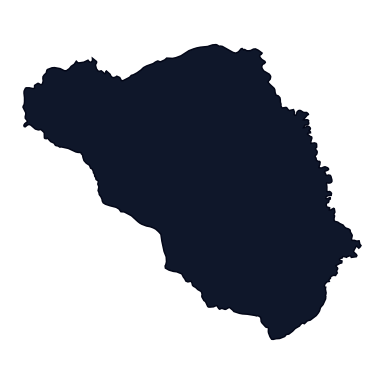 the district of Luro, Lautém, East Timor
{"feature_id": "22284137B78720484995027", "entity_name": "Luro", "entity_type": "district", "adm_level": 2, "iso_a3": "TLS", "parent_name": "East Timor", "parent_adm1": "Lautém", "projection": "albers", "projection_center": [126.805, -8.55], "detail": "fine", "context": "isolated", "style": "filled", "palette": "ink", "viewbox_px": 384, "rotation_deg": 0, "n_neighbors": 0, "source": "geoboundaries", "source_scale": "gbopen_adm2", "svg_char_len": 5893}
<svg xmlns="http://www.w3.org/2000/svg" viewBox="0 0 384 384"><path d="M219.7,309.2L221.2,308.5L222.1,308.4L224.7,309.3L225.8,309.3L228.9,307.5L229.6,307.5L232.7,310.1L233.9,311.5L239.4,313.3L242.5,313.9L247.2,314.2L255.4,315.5L256.3,315.9L258.1,315.7L260.3,317.0L260.9,318.4L261.2,321.5L261.9,322.8L265.6,326.9L266.3,327.3L267.9,327.5L268.5,328.5L268.3,331.1L268.5,332.8L270.0,336.7L271.6,339.2L273.1,339.4L276.1,338.7L279.5,338.5L280.7,338.1L284.7,336.5L286.3,334.5L288.8,334.1L292.6,331.2L295.2,328.5L299.5,326.0L300.3,324.8L301.9,323.3L302.7,323.1L304.4,323.7L307.4,320.8L310.3,320.1L316.2,315.6L318.4,312.8L319.5,310.9L320.5,307.5L323.0,304.6L325.6,298.9L325.8,296.3L325.4,295.3L325.8,294.6L326.1,292.9L325.4,289.2L325.7,287.2L324.8,287.1L324.3,286.1L325.0,284.0L327.0,281.8L329.3,281.4L328.9,280.3L329.2,279.4L330.4,278.4L330.3,277.5L331.5,276.1L333.6,275.3L335.6,275.5L336.0,274.6L337.3,273.0L336.8,272.0L336.7,270.6L337.7,268.8L337.4,267.7L336.2,266.6L336.0,265.6L339.9,263.4L341.7,262.9L341.9,262.0L342.0,261.0L339.8,260.2L339.5,259.2L340.1,258.5L341.0,258.1L341.9,258.2L342.7,256.6L344.6,256.7L346.6,257.3L347.2,256.7L350.0,255.7L350.9,256.3L351.3,257.4L356.3,256.7L356.9,255.5L356.3,254.4L353.8,252.1L353.6,251.0L355.8,246.9L356.7,246.1L358.8,248.2L360.3,246.8L361.0,245.5L359.9,244.3L359.1,240.8L356.8,241.1L354.2,240.3L352.4,240.4L351.8,240.0L351.5,238.9L352.2,235.8L352.1,235.0L350.4,232.0L350.1,230.1L348.7,229.0L345.7,228.0L344.4,226.9L343.1,225.1L339.7,223.5L337.8,222.1L335.0,221.4L334.2,220.7L334.0,218.7L334.6,215.9L334.1,215.2L333.9,214.1L334.9,212.1L334.3,208.7L333.6,208.3L330.8,209.9L329.9,210.3L329.2,210.0L329.7,207.9L328.8,207.4L327.8,207.4L326.9,206.9L326.3,205.5L326.3,204.1L326.8,203.0L328.3,202.5L328.8,201.7L328.7,200.4L330.3,199.0L330.3,197.8L329.5,197.7L326.8,198.9L325.9,198.5L326.0,197.2L326.6,196.5L327.8,195.7L331.2,195.4L331.5,193.3L330.7,192.2L329.7,191.5L327.5,191.8L326.8,190.6L326.9,187.0L326.5,183.6L326.8,182.8L329.0,183.1L330.5,182.8L331.4,182.2L331.9,181.4L331.9,180.0L330.9,176.3L330.1,175.3L328.4,175.0L327.1,175.5L326.2,175.3L325.0,172.6L324.4,172.1L324.9,171.3L327.9,170.1L328.6,169.2L328.3,168.4L327.4,167.7L325.2,166.8L324.2,166.9L321.2,168.1L319.0,167.6L319.3,165.7L319.8,164.6L320.1,162.1L319.6,161.4L317.8,161.3L316.4,160.1L316.0,158.0L315.2,156.9L315.1,156.0L316.8,154.0L317.1,152.7L317.2,151.9L316.8,150.8L315.5,149.3L315.7,148.2L316.7,147.1L316.6,144.1L316.1,143.4L314.5,142.9L311.0,143.4L310.8,141.7L311.9,138.0L311.6,136.9L310.2,136.4L307.5,134.2L307.8,133.3L310.5,132.8L310.4,131.8L309.1,130.9L309.2,130.1L309.9,129.8L310.4,128.7L310.2,127.9L309.1,126.7L308.3,126.3L307.2,126.3L304.6,127.6L303.4,127.7L304.7,125.3L307.8,124.5L308.6,124.0L308.8,123.0L308.3,122.1L308.6,120.6L308.0,120.0L307.0,119.7L304.8,119.9L303.4,119.7L307.2,115.2L308.4,114.5L308.2,113.8L306.7,112.5L304.3,112.5L303.1,112.2L300.7,110.6L299.6,110.4L298.6,110.6L297.3,111.6L295.9,115.3L294.7,115.2L294.1,114.1L294.5,112.3L293.5,109.6L289.3,110.5L288.5,110.1L286.7,107.7L286.0,107.4L282.2,108.0L281.3,106.8L280.9,105.4L281.0,104.1L280.4,102.2L280.3,99.6L279.9,97.7L278.3,95.9L276.0,95.1L275.1,92.5L274.8,89.8L274.2,88.4L269.9,84.4L268.1,82.4L268.4,81.2L270.2,79.1L270.7,76.8L270.4,75.8L269.3,74.2L263.7,70.9L262.1,68.4L261.7,66.7L262.2,65.1L262.8,64.3L264.4,63.5L265.3,62.4L264.9,61.4L261.9,59.5L260.3,57.7L259.8,56.7L259.6,56.0L260.2,54.8L261.2,54.4L262.1,53.1L258.4,50.3L255.5,48.9L253.4,49.1L250.7,50.5L248.7,50.8L246.7,50.7L244.7,49.5L243.5,49.8L242.1,48.5L241.1,48.8L239.0,51.3L237.9,52.2L236.0,53.0L235.1,53.0L233.0,52.4L222.3,46.4L220.5,46.1L218.9,46.2L217.4,45.1L216.0,44.6L212.5,44.9L207.6,46.5L200.5,47.2L196.9,47.9L193.6,48.9L188.9,50.7L181.0,55.8L175.9,57.7L172.6,58.4L166.7,58.1L164.7,59.9L161.0,61.6L159.9,61.9L158.7,61.2L157.6,61.0L155.3,62.1L153.2,63.6L146.7,65.9L143.5,67.6L141.0,70.0L137.1,72.8L133.4,74.8L131.3,75.4L129.6,77.3L123.0,80.7L121.4,80.6L119.7,77.5L116.8,76.2L115.7,77.0L113.7,77.7L111.9,77.2L110.8,75.9L110.1,74.3L106.4,71.0L105.8,71.6L105.8,72.9L104.8,73.7L101.2,70.8L99.0,71.4L98.0,70.9L96.4,68.8L95.5,65.3L95.7,64.3L96.6,62.7L96.5,61.5L92.4,58.2L92.5,60.0L92.1,61.2L91.3,62.1L90.4,62.2L89.2,61.7L88.0,60.2L83.8,62.2L79.0,62.9L77.9,62.8L76.3,61.2L74.3,64.2L71.2,66.3L69.4,68.6L66.3,70.8L64.3,70.7L60.1,68.6L54.5,67.6L52.0,67.8L47.5,69.5L46.9,70.2L46.2,73.1L44.3,74.8L43.0,76.7L42.9,78.7L43.2,81.0L42.4,83.8L41.7,84.6L40.2,84.5L38.5,83.4L37.7,83.4L34.6,85.4L34.5,88.2L33.2,88.6L29.2,87.8L26.4,87.8L25.5,88.2L24.1,91.1L24.0,93.1L24.5,97.7L24.5,101.8L24.2,104.4L23.2,106.2L23.0,107.2L25.7,112.6L25.8,114.2L25.2,116.7L25.3,118.3L27.2,120.6L27.3,121.7L24.8,123.7L24.0,125.0L23.9,125.8L24.3,126.6L25.2,126.8L27.7,124.8L29.3,124.5L30.8,125.1L35.3,129.0L38.3,129.9L41.0,129.5L44.2,132.6L44.4,137.9L45.0,138.5L46.4,138.7L47.5,138.1L50.7,141.6L54.0,143.1L55.4,145.3L56.1,145.6L58.1,146.0L59.8,147.1L61.4,146.9L68.3,148.4L75.8,151.9L78.0,152.4L80.9,152.5L81.2,153.6L82.5,154.9L83.0,157.5L84.0,160.6L86.2,163.1L89.5,165.3L90.6,168.1L92.1,168.9L93.2,170.9L93.5,172.8L94.4,173.9L94.8,176.4L95.6,177.3L96.1,179.5L97.7,180.6L98.4,181.4L97.8,184.1L98.9,186.8L98.1,190.6L99.0,192.6L99.3,194.6L100.9,196.7L102.0,199.1L102.3,201.0L103.2,202.8L105.4,204.2L109.9,205.7L116.2,207.3L119.0,209.0L120.9,211.7L124.2,211.9L131.4,215.7L137.9,221.6L140.0,223.2L141.8,224.2L146.5,226.0L150.2,226.7L153.4,227.9L155.7,229.1L158.6,231.7L160.9,234.3L161.9,241.2L164.1,251.5L166.2,256.8L166.5,261.8L165.8,264.6L165.1,266.0L165.4,268.1L169.0,270.1L173.4,271.4L176.7,271.8L181.4,273.7L182.0,274.2L183.3,276.9L184.8,278.9L185.9,281.1L187.9,281.9L191.0,281.2L191.9,282.7L192.5,285.2L193.4,286.2L195.6,287.4L197.9,289.6L200.9,291.3L201.5,292.1L202.1,294.2L201.8,296.2L202.0,297.1L203.9,300.5L205.1,301.3L205.8,302.2L207.7,306.4L208.4,307.0L209.9,307.1L213.5,306.8L216.2,305.6L216.9,305.7L218.9,308.7L219.7,309.2Z" fill="#0f172a" stroke="#020617" stroke-width="1.5"/></svg>